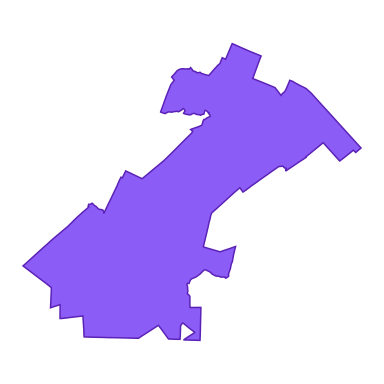 Belciugatele, Calarasi, Romania
{"feature_id": "2599482B10542752576449", "entity_name": "Belciugatele", "entity_type": "district", "adm_level": 2, "iso_a3": "ROU", "parent_name": "Romania", "parent_adm1": "Calarasi", "projection": "mercator", "projection_center": [26.453, 44.516], "detail": "fine", "context": "isolated", "style": "filled", "palette": "violet", "viewbox_px": 384, "rotation_deg": 0, "n_neighbors": 0, "source": "geoboundaries", "source_scale": "gbopen_adm2", "svg_char_len": 5815}
<svg xmlns="http://www.w3.org/2000/svg" viewBox="0 0 384 384"><path d="M355.7,152.5L361.0,148.0L328.7,112.4L326.9,110.5L326.5,109.9L326.4,109.9L325.2,108.6L313.3,95.5L311.6,93.5L309.5,91.6L306.3,88.7L305.6,88.3L304.7,87.8L301.4,86.2L299.7,85.3L295.1,82.9L292.8,81.4L289.7,80.3L289.1,82.1L286.3,88.6L285.3,90.6L285.1,90.9L284.6,91.7L282.5,93.5L281.5,94.7L281.1,95.4L280.6,94.9L279.2,93.0L275.0,87.6L267.9,84.6L252.7,78.5L253.0,77.9L254.0,75.1L256.6,68.0L257.9,64.4L259.5,60.1L260.0,58.8L261.1,56.0L248.0,50.6L238.7,46.5L234.6,44.6L233.6,44.2L232.2,43.6L225.6,59.2L222.2,57.7L222.0,58.3L220.4,62.2L220.1,63.1L220.0,63.4L219.7,63.7L217.6,65.5L215.8,67.6L215.2,68.1L210.8,73.2L208.9,75.4L206.5,75.0L204.2,74.3L201.4,73.4L200.8,72.9L200.4,72.4L199.9,72.3L198.4,72.7L196.9,72.7L196.5,72.4L196.5,72.2L194.0,71.0L193.3,71.0L192.9,70.8L192.7,70.6L192.5,70.1L192.2,69.5L190.6,67.6L190.3,68.0L189.7,68.6L189.2,69.1L188.2,68.8L185.3,69.0L183.5,68.7L181.9,68.8L180.1,69.1L179.0,69.6L178.2,70.0L177.1,70.8L176.1,71.9L174.1,74.3L171.6,77.0L174.2,80.3L171.5,83.7L170.9,84.6L170.2,86.2L166.1,96.6L164.2,101.9L162.4,107.1L160.6,111.9L160.6,112.1L163.9,113.3L165.7,113.5L166.3,112.8L167.2,112.5L167.6,112.2L168.1,112.0L169.4,112.0L170.2,111.9L171.2,112.2L172.3,112.1L173.6,111.7L175.5,111.5L177.0,111.2L178.2,111.8L179.9,111.1L180.4,110.6L180.9,110.4L181.5,110.1L181.7,109.9L182.1,109.5L182.6,109.0L183.2,108.6L183.9,108.9L184.1,109.4L184.5,109.9L184.8,110.5L185.1,110.8L184.7,111.4L183.9,112.7L183.5,113.2L183.6,113.4L184.4,113.7L185.4,114.1L189.6,114.9L190.9,114.7L192.7,113.6L193.7,113.4L194.1,113.4L194.6,113.6L195.0,113.7L195.5,113.8L196.3,114.4L198.6,114.7L199.4,114.7L199.7,114.9L200.4,115.3L201.6,114.7L202.5,114.4L203.4,114.3L203.9,114.1L204.1,113.8L204.2,113.3L204.3,112.1L204.8,111.2L205.0,110.5L205.2,110.3L205.5,110.3L205.8,110.4L206.1,110.6L206.6,110.9L207.6,111.9L208.8,112.6L208.3,113.0L210.3,115.7L210.0,116.5L209.6,116.7L209.0,116.9L206.6,118.1L204.8,119.6L203.9,119.4L203.8,119.5L203.2,120.8L202.8,121.8L202.6,122.8L201.9,125.1L201.4,125.4L199.7,126.2L197.8,126.9L191.2,129.2L190.6,129.5L192.7,131.2L192.6,131.3L192.0,132.3L191.7,133.1L185.4,139.2L172.2,152.5L166.7,157.9L163.7,160.8L154.0,168.8L151.7,170.7L146.6,175.0L142.1,178.7L125.7,170.9L122.3,177.9L121.0,177.2L120.4,178.4L119.7,179.7L118.8,181.7L117.6,184.4L117.2,185.5L109.4,201.8L108.9,202.7L106.3,208.2L104.6,211.7L103.7,213.7L103.8,213.1L103.8,212.4L103.6,211.7L103.4,211.1L103.2,210.5L102.8,210.1L102.7,210.0L101.8,209.6L101.1,209.6L100.5,209.5L99.8,209.3L98.8,209.1L98.2,208.8L97.2,207.6L96.2,206.6L95.7,206.2L95.2,206.0L94.9,205.7L94.1,205.2L93.5,204.6L92.8,203.7L92.3,203.3L91.7,203.3L90.9,204.0L90.4,204.2L89.7,204.3L88.7,204.3L88.1,206.2L88.8,206.9L86.7,208.8L83.6,211.5L82.8,212.1L77.6,216.8L74.9,219.4L73.7,220.5L72.7,221.6L67.6,226.6L53.9,238.1L51.4,240.3L46.1,245.1L38.7,251.7L25.0,264.2L23.0,265.9L38.5,277.7L45.8,283.2L51.3,287.6L51.3,291.0L50.9,298.4L50.8,302.9L50.6,304.7L50.6,305.6L50.5,307.8L54.9,306.3L60.1,304.7L60.0,318.5L61.4,318.5L62.8,318.4L64.2,318.2L64.5,318.1L65.1,318.0L65.5,318.1L70.6,317.4L74.2,317.0L77.6,316.6L82.9,316.0L83.2,320.4L83.5,325.4L83.6,326.9L83.8,329.0L83.9,333.6L84.0,335.3L84.1,336.9L88.5,337.1L93.0,337.2L96.9,337.3L102.2,337.4L107.6,337.6L115.9,337.7L138.3,338.3L138.8,338.1L141.2,336.4L145.8,333.5L158.3,325.4L158.5,325.4L158.6,325.5L158.9,325.9L162.6,330.9L168.5,339.0L171.2,339.1L177.2,339.3L180.0,339.3L180.1,339.2L180.1,337.3L180.2,337.0L180.3,334.9L180.5,329.5L180.5,326.5L180.6,326.2L180.7,325.8L180.8,325.5L182.4,323.2L182.5,323.1L182.9,323.1L184.0,323.8L188.8,327.8L193.0,331.0L194.7,332.3L194.7,332.6L193.1,333.6L187.2,337.4L183.6,339.9L183.3,339.9L200.0,340.4L200.3,333.0L200.9,307.4L190.0,307.5L190.0,306.4L189.9,305.3L189.9,303.4L189.9,302.6L189.9,297.7L189.9,296.8L189.8,296.4L189.7,296.1L189.6,295.9L189.4,295.5L188.6,294.7L188.4,294.4L187.9,294.1L187.6,294.0L187.4,293.7L187.3,293.3L187.4,293.0L187.6,292.2L187.8,291.7L187.9,291.2L187.9,290.8L187.7,289.7L187.6,288.7L187.6,288.3L187.6,287.7L187.6,287.0L187.4,286.2L187.4,285.9L187.2,285.7L187.1,285.4L187.0,285.0L187.0,284.7L187.0,284.2L187.2,283.7L187.4,283.3L188.1,283.5L189.0,283.5L189.3,282.7L189.6,281.9L190.5,280.0L191.0,279.3L191.4,279.0L192.5,278.4L193.5,278.0L194.9,277.5L195.3,277.3L195.8,277.1L197.7,275.8L199.9,274.2L201.3,272.8L201.9,272.2L202.4,271.6L203.0,271.1L203.9,270.4L204.7,269.8L205.1,269.7L205.3,269.7L208.6,271.3L210.1,272.1L211.2,273.1L212.1,274.1L212.8,274.5L214.3,275.2L215.0,275.5L215.4,275.9L216.5,276.1L217.7,276.2L218.4,276.2L219.1,276.4L220.9,277.1L221.5,277.1L222.4,277.0L223.7,277.1L224.6,277.0L224.9,277.1L225.0,277.3L225.0,277.5L225.4,278.0L225.9,278.2L228.2,276.7L228.4,276.5L228.5,276.4L228.6,275.8L228.7,275.0L228.5,274.6L228.4,274.3L230.2,269.1L230.5,268.1L231.1,264.8L231.4,263.9L232.3,261.6L232.6,260.2L233.0,257.7L233.7,254.2L234.7,250.0L235.6,246.5L233.8,247.1L229.0,248.8L220.0,251.8L203.9,247.1L203.6,247.0L203.4,246.8L203.4,246.7L203.5,246.2L204.7,241.1L206.8,232.5L207.9,227.8L209.0,222.7L210.3,217.9L210.3,217.3L211.3,213.8L211.5,213.3L211.7,213.0L212.0,212.7L216.7,208.5L234.4,192.4L239.8,187.8L240.1,188.2L243.0,192.1L249.4,187.5L250.6,186.5L251.4,185.9L252.5,185.1L254.7,183.6L258.6,180.8L259.2,180.3L261.5,178.7L264.6,176.5L265.3,176.0L266.4,175.3L267.6,174.4L268.7,173.6L274.8,169.3L277.8,167.2L278.7,166.6L282.6,166.2L282.8,166.2L283.1,166.5L284.5,167.8L284.7,168.0L285.3,168.1L286.0,168.1L286.3,168.4L286.3,168.5L286.2,168.7L286.0,169.2L285.7,169.6L285.6,169.9L285.7,170.3L285.7,170.6L286.0,170.8L286.2,170.7L287.5,169.8L290.9,167.5L296.1,164.0L298.0,162.7L300.6,161.0L302.8,159.6L306.2,157.3L306.2,157.2L305.9,156.9L323.2,142.7L329.6,149.8L334.0,154.7L338.3,159.5L339.7,161.0L342.2,159.1L345.4,156.6L353.4,150.2L355.7,152.5Z" fill="#8b5cf6" stroke="#5b21b6" stroke-width="1.5"/></svg>